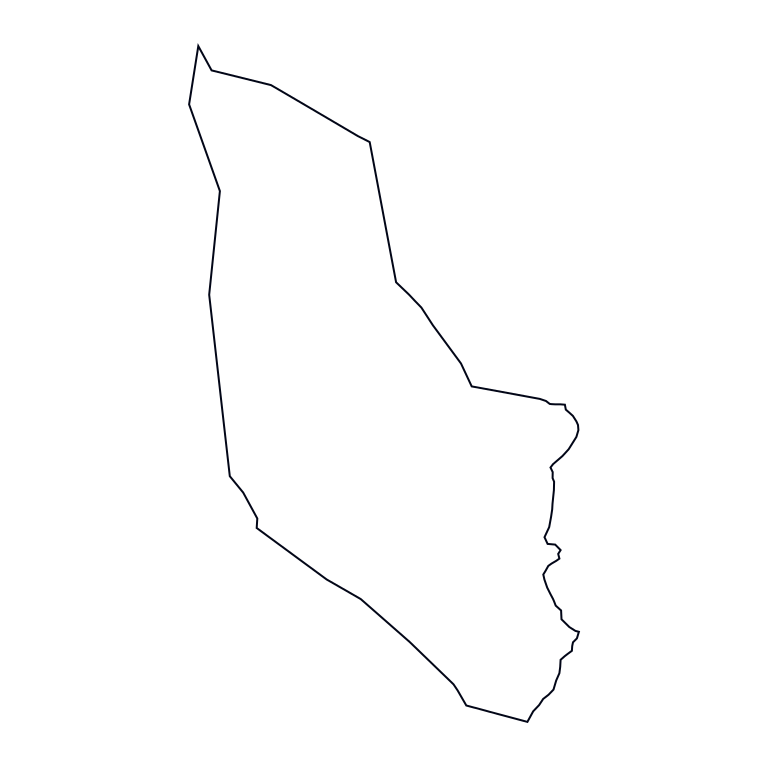 San Andrés Tepetlapa, Guerrero, Mexico (Albers equal-area conic projection)
{"feature_id": "50627088B92943717279991", "entity_name": "San Andrés Tepetlapa", "entity_type": "district", "adm_level": 2, "iso_a3": "MEX", "parent_name": "Mexico", "parent_adm1": "Guerrero", "projection": "albers", "projection_center": [-98.376, 17.662], "detail": "fine", "context": "isolated", "style": "outline", "palette": "ink", "viewbox_px": 768, "rotation_deg": 0, "n_neighbors": 0, "source": "geoboundaries", "source_scale": "gbopen_adm2", "svg_char_len": 1371}
<svg xmlns="http://www.w3.org/2000/svg" viewBox="0 0 768 768"><path d="M198.3,46.1L189.1,104.4L219.9,191.1L209.2,294.6L209.2,294.9L209.3,295.8L223.5,420.8L229.8,476.2L243.2,492.6L257.3,518.5L256.7,528.0L326.7,579.5L360.1,598.7L360.6,599.0L360.9,599.2L409.7,642.0L453.5,684.3L457.6,690.4L466.3,705.5L474.1,707.6L475.8,708.0L487.9,711.3L488.9,711.6L527.4,721.9L533.2,711.3L539.1,705.1L543.2,698.9L548.5,694.8L553.5,689.6L556.2,680.5L559.4,673.2L560.2,666.9L560.6,659.8L564.7,656.2L567.8,653.8L571.9,650.8L572.2,646.1L573.0,642.3L576.8,638.5L577.0,638.1L578.9,631.8L575.4,630.9L569.4,627.1L561.5,619.3L561.1,610.5L555.7,605.6L554.0,601.2L553.0,598.9L550.5,594.2L547.2,587.6L544.4,579.5L543.3,574.5L545.4,571.1L548.3,565.9L551.5,563.6L556.3,560.8L559.4,558.6L558.2,553.9L560.6,550.1L555.2,544.6L547.6,543.9L544.5,537.2L549.2,527.1L551.1,516.7L552.2,509.3L552.5,503.9L553.9,490.2L554.1,481.7L552.6,478.1L552.7,472.1L550.5,467.5L553.1,464.1L562.5,456.0L568.7,449.2L576.4,436.9L578.4,430.1L578.0,425.0L576.4,421.4L572.9,415.9L568.8,412.2L565.8,409.6L564.9,404.7L559.9,404.3L554.6,404.3L551.1,404.1L549.7,403.9L546.0,401.0L539.8,398.9L528.9,396.9L471.7,386.4L461.0,363.5L432.9,325.3L421.4,307.6L415.1,301.1L409.0,294.6L396.1,282.3L369.7,142.1L369.0,141.7L357.9,136.1L318.8,113.1L307.4,106.4L271.0,85.1L211.6,70.4L198.3,46.1Z" fill="none" stroke="#020617" stroke-width="2"/></svg>